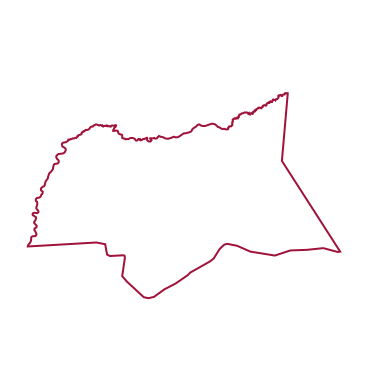 outline of Limulunga, Western, Zambia, rotated 8°
{"feature_id": "96606910B48739682467937", "entity_name": "Limulunga", "entity_type": "district", "adm_level": 2, "iso_a3": "ZMB", "parent_name": "Zambia", "parent_adm1": "Western", "projection": "mercator", "projection_center": [23.382, -14.96], "detail": "fine", "context": "isolated", "style": "outline", "palette": "rose", "viewbox_px": 384, "rotation_deg": 8, "n_neighbors": 0, "source": "geoboundaries", "source_scale": "gbopen_adm2", "svg_char_len": 5846}
<svg xmlns="http://www.w3.org/2000/svg" viewBox="0 0 384 384"><g transform="rotate(8 192 192)"><path d="M37.0,268.8L104.4,255.3L113.3,255.8L116.6,265.8L119.7,266.8L132.4,264.3L134.0,264.4L134.7,266.5L134.6,285.1L140.3,290.0L158.9,302.9L163.8,303.2L169.0,301.1L178.1,292.3L188.4,285.0L199.3,275.0L201.5,272.0L219.4,258.3L222.7,254.9L227.4,244.4L231.2,239.7L234.1,238.4L244.2,239.0L258.1,242.9L282.9,243.4L296.9,236.5L298.0,236.1L313.8,233.3L329.5,229.4L330.5,229.4L344.6,231.1L347.0,230.4L276.7,148.7L273.1,80.9L272.3,80.8L271.6,81.2L270.9,81.0L270.4,81.2L270.0,81.9L270.2,82.2L270.1,82.5L269.8,82.6L269.3,82.6L268.3,83.1L268.0,83.5L268.1,84.2L267.9,84.4L267.5,84.5L266.5,83.6L265.5,84.4L265.2,84.4L265.2,84.1L264.5,84.5L264.3,84.4L264.2,84.6L264.0,85.0L264.4,85.6L264.5,86.7L263.7,87.6L263.5,88.1L262.6,88.3L262.1,89.2L262.0,88.9L261.6,88.9L261.4,89.3L261.2,89.4L259.8,89.6L259.5,89.3L259.4,89.6L259.1,89.8L259.1,90.2L258.8,91.7L258.3,91.8L257.2,91.2L257.0,91.3L256.9,92.1L256.2,92.1L256.2,92.9L256.1,93.1L255.5,93.3L254.8,93.0L253.9,94.1L253.6,94.3L253.7,95.3L253.4,95.4L253.4,95.8L253.2,96.2L252.7,96.3L251.6,95.9L250.2,96.7L250.1,96.9L250.2,97.4L250.0,97.6L250.2,97.9L250.1,98.2L248.9,99.0L248.8,99.5L248.6,99.5L248.4,99.3L247.4,99.0L246.2,99.2L246.2,99.9L245.4,100.1L245.0,100.5L244.2,100.9L244.1,101.3L244.3,101.7L244.2,101.9L242.8,102.3L242.8,103.0L243.2,103.3L242.9,103.7L242.6,103.8L242.1,103.5L241.5,104.0L241.3,104.3L241.5,104.5L241.4,104.9L241.5,105.3L241.0,105.8L241.1,106.2L240.9,106.3L240.3,105.9L240.4,105.7L239.7,105.6L239.4,105.8L239.2,106.2L238.9,106.2L238.7,106.8L238.5,106.5L238.3,106.5L237.8,106.7L237.6,106.3L237.3,107.0L237.0,107.0L236.7,106.0L236.1,105.7L235.3,105.8L234.9,105.6L233.6,106.0L232.9,105.9L232.4,106.4L231.3,107.1L230.6,107.1L230.2,107.3L229.7,107.8L229.4,108.5L228.2,108.7L228.2,109.2L228.0,109.3L227.6,110.2L227.9,110.6L227.7,111.0L227.9,111.5L227.7,111.7L226.8,111.8L227.1,112.7L226.4,112.8L226.2,112.6L225.6,112.9L225.5,113.2L224.7,113.5L224.3,113.4L224.2,113.1L223.9,113.3L223.6,113.2L223.4,113.4L223.4,113.7L223.1,114.0L222.4,114.3L222.2,114.7L222.2,115.0L222.7,116.1L222.3,116.6L222.5,117.2L222.2,117.6L222.2,118.3L222.4,118.4L222.4,119.5L222.7,120.0L222.4,120.5L221.9,120.9L221.8,121.4L221.6,121.6L220.6,121.6L219.4,122.1L219.2,122.8L219.4,123.1L218.7,123.8L219.0,124.7L218.5,125.0L216.8,125.3L215.2,124.9L213.6,125.3L212.3,125.3L210.8,124.4L208.4,123.9L207.4,123.0L205.4,121.8L203.9,121.5L201.9,121.7L195.8,124.8L194.3,125.1L192.0,125.0L191.2,124.8L190.2,124.1L189.5,124.1L188.3,124.8L187.5,125.7L187.1,126.5L184.2,129.0L183.5,130.0L183.1,131.6L182.7,132.2L180.9,133.3L178.4,134.4L176.7,135.0L176.2,134.9L175.4,135.3L171.7,138.7L170.1,139.8L168.1,140.2L166.8,139.8L166.0,139.9L163.7,141.4L160.7,142.7L157.7,142.6L155.9,141.8L153.0,141.6L151.5,141.1L150.9,142.1L150.6,142.2L150.3,142.5L150.0,143.5L149.8,143.8L148.4,144.2L147.7,144.2L147.1,143.7L145.1,144.6L144.6,144.7L144.1,144.4L143.2,144.6L143.1,145.0L143.9,145.7L144.1,146.5L144.5,146.7L144.1,147.5L143.8,147.7L142.8,148.0L142.3,148.0L141.2,147.5L140.4,147.0L140.0,146.2L140.3,145.4L140.0,144.6L139.8,144.6L139.4,144.7L138.9,145.3L138.2,145.5L137.6,146.0L135.9,146.5L135.6,147.0L134.2,147.9L133.4,147.0L133.0,147.4L132.7,146.9L131.7,146.9L131.4,147.1L131.0,148.2L130.6,148.6L130.1,148.8L129.2,148.8L128.8,148.4L128.4,147.8L127.6,147.2L125.9,146.8L124.9,146.8L123.4,147.2L121.7,148.4L119.3,148.8L118.7,149.1L118.0,148.5L117.2,148.6L115.5,148.3L115.2,147.8L115.2,146.1L114.7,145.1L113.8,144.9L113.3,145.0L113.0,144.8L112.0,144.8L111.5,144.5L110.5,143.2L110.4,142.5L110.1,142.0L109.2,141.7L108.2,141.7L106.5,142.3L105.4,142.4L105.4,141.5L105.9,140.3L106.0,139.5L106.4,139.0L107.0,138.6L107.2,137.5L107.6,137.0L107.6,136.6L107.3,136.4L106.5,136.6L106.3,137.0L105.9,137.3L103.6,137.2L102.8,137.8L102.7,138.2L102.4,138.2L102.3,138.5L101.3,138.2L100.9,138.6L99.9,138.3L99.5,138.6L98.9,138.6L98.9,138.1L98.5,137.9L98.1,138.1L97.8,138.1L97.4,138.6L97.1,138.5L96.8,138.6L96.4,138.6L95.9,138.9L95.2,138.9L94.9,139.5L94.5,139.4L94.0,138.8L93.9,139.0L93.3,139.0L92.4,138.4L91.8,138.4L91.4,138.7L91.1,139.0L90.6,139.1L90.0,138.8L88.1,138.4L87.3,138.6L86.1,139.6L85.6,139.6L85.3,139.8L84.6,141.1L83.5,141.2L82.6,141.7L82.0,142.6L81.9,143.2L80.9,144.5L79.0,145.3L77.9,145.3L77.3,146.5L76.8,146.9L76.5,146.8L76.1,147.4L75.7,147.3L75.0,148.1L74.6,148.4L74.7,149.0L74.5,149.4L74.6,149.7L74.0,150.2L73.8,150.7L73.1,150.9L71.6,151.6L71.6,151.9L71.3,152.2L71.3,152.7L70.7,152.8L70.6,153.6L69.9,154.6L68.9,154.5L67.7,155.4L66.4,155.5L65.9,155.9L65.7,156.2L65.1,156.5L64.9,156.5L64.4,156.7L64.1,156.6L63.4,157.4L63.0,157.5L62.3,157.3L61.8,158.9L61.2,159.3L60.5,160.1L57.1,161.3L56.6,162.2L56.5,163.1L57.1,164.5L57.6,165.1L59.6,165.9L60.6,166.6L61.0,167.1L61.1,168.4L60.7,169.8L59.8,171.2L58.0,172.1L54.6,172.9L53.4,174.1L52.6,175.4L52.8,176.6L53.2,177.3L54.1,178.3L54.9,178.7L55.7,179.7L55.8,181.3L55.6,181.7L55.0,182.4L54.3,182.7L52.0,183.4L51.4,184.2L51.2,185.1L51.0,189.1L50.2,190.3L49.9,191.1L48.8,192.5L48.3,192.9L48.0,193.6L47.4,196.7L47.3,198.8L46.2,200.6L45.5,202.2L45.1,206.2L44.8,206.8L43.7,207.4L42.2,209.0L42.0,209.8L42.1,211.1L42.8,211.8L43.7,212.1L44.1,212.4L44.2,213.7L44.0,214.8L43.3,215.3L43.0,216.7L42.4,218.1L40.9,219.1L39.3,219.5L38.6,220.3L38.4,220.8L38.4,221.9L38.7,222.5L38.9,222.8L39.9,223.2L40.4,224.7L40.4,226.7L40.1,228.3L40.0,229.7L40.9,230.8L42.3,231.9L42.5,232.2L42.7,233.4L41.8,234.4L41.3,234.5L38.5,234.5L37.4,235.3L37.2,236.2L37.6,237.1L40.8,238.5L41.1,238.9L41.3,239.8L40.7,242.1L40.2,242.9L39.8,244.1L40.0,244.6L42.9,247.1L43.0,248.3L42.5,249.0L41.5,249.7L41.1,250.5L41.2,251.6L42.2,252.6L42.9,253.8L43.8,255.2L43.8,255.9L43.6,256.7L43.0,257.5L40.8,257.9L40.0,258.2L39.4,258.8L39.1,259.5L39.3,261.2L39.3,263.0L38.7,264.7L38.4,265.4L37.8,266.1L37.2,267.4L37.0,268.0L37.0,268.8Z" fill="none" stroke="#9f1239" stroke-width="2"/></g></svg>